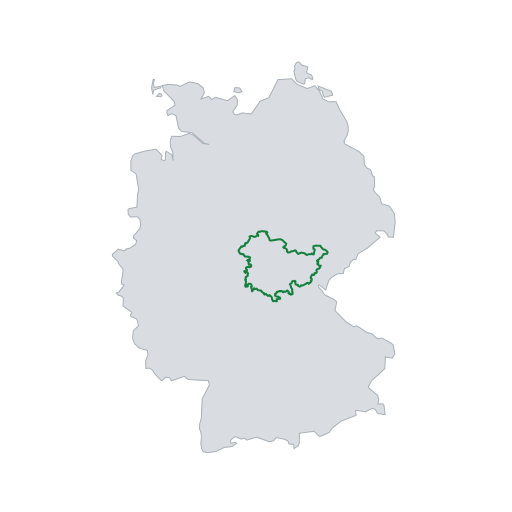 Thüringen highlighted on a map of Germany, rotated 346°
{"feature_id": "DEU-1577", "entity_name": "Thüringen", "entity_type": "State", "adm_level": 1, "iso_a3": "DEU", "parent_name": "Germany", "parent_adm1": "", "projection": "albers", "projection_center": [10.909, 50.922], "detail": "fine", "context": "in_parent", "style": "outline", "palette": "green", "viewbox_px": 512, "rotation_deg": 346, "n_neighbors": 0, "source": "natural_earth", "source_scale": "10m", "svg_char_len": 9625}
<svg xmlns="http://www.w3.org/2000/svg" viewBox="0 0 512 512"><g transform="rotate(346 256 256)"><path d="M224.1,439.5L212.6,431.9L202.4,432.4L200.8,429.9L197.3,430.0L192.1,426.1L187.4,428.1L186.2,430.3L186.5,431.6L191.2,431.9L191.8,433.0L187.0,435.1L179.1,434.1L169.8,435.9L162.1,435.3L157.6,433.2L156.6,429.8L157.1,424.8L159.3,418.3L160.0,413.4L159.3,410.3L160.6,405.7L163.9,399.6L169.1,381.9L179.6,369.7L179.6,365.4L162.5,360.2L159.7,358.9L157.4,355.4L143.7,356.7L142.7,353.3L139.1,351.7L135.2,354.2L133.9,353.8L129.1,345.5L128.0,341.7L125.6,339.1L122.0,338.4L123.5,331.1L127.3,325.8L127.7,321.3L120.4,317.1L116.9,311.8L116.3,305.7L118.9,298.9L125.3,295.0L125.0,288.2L120.0,284.3L119.7,283.1L122.1,280.7L114.9,272.5L117.1,264.8L115.9,262.5L112.5,260.5L111.5,258.1L114.1,257.8L120.5,252.8L120.7,252.0L119.1,251.1L119.0,248.9L123.6,237.8L123.6,235.8L120.7,230.1L120.8,228.1L116.8,221.6L117.0,219.6L124.0,216.1L129.7,219.3L131.9,217.7L134.8,218.1L141.9,215.6L144.0,212.3L141.5,209.3L141.9,207.1L150.0,201.2L151.5,198.3L152.2,192.6L151.3,190.6L150.4,189.2L143.7,187.9L142.1,184.5L143.0,180.1L144.2,179.3L152.2,179.8L156.1,167.2L158.2,163.4L159.5,147.5L155.4,142.6L157.5,133.6L160.7,128.8L163.1,127.6L173.4,127.3L184.7,128.1L189.2,135.7L187.3,139.4L190.0,141.3L191.3,140.7L193.3,133.8L194.3,132.7L198.9,137.5L198.7,143.5L200.3,135.4L199.5,129.6L200.4,124.1L203.2,119.5L211.4,121.7L220.6,120.9L224.0,123.1L231.7,134.0L237.6,136.4L233.0,134.0L223.8,120.8L213.9,117.2L211.8,113.4L212.3,100.3L208.6,97.6L204.6,98.4L204.1,95.4L204.9,93.3L213.9,90.0L214.1,86.4L206.5,73.5L206.3,67.9L213.0,68.4L221.2,71.2L223.1,73.1L233.7,71.0L241.6,74.8L245.4,80.2L245.5,84.9L240.7,90.3L248.8,89.6L250.8,93.6L255.1,92.2L266.0,98.4L274.3,95.2L275.8,100.1L274.2,105.1L268.3,110.5L269.6,113.7L271.5,114.5L277.0,113.8L285.8,117.0L297.4,106.8L306.7,105.5L320.0,90.2L333.4,92.7L337.1,99.0L346.2,105.9L354.3,105.0L357.5,111.6L359.1,119.9L364.0,124.0L371.0,125.6L372.6,134.2L376.7,147.7L376.8,152.0L375.8,156.8L373.7,160.8L369.2,165.7L369.0,168.5L381.3,179.6L384.8,185.4L383.2,193.9L385.3,198.0L387.4,199.3L388.3,201.4L388.5,206.3L390.0,207.6L388.1,216.6L386.0,220.4L386.9,223.4L390.3,228.8L390.6,235.7L397.5,239.8L400.5,248.8L399.3,256.8L393.8,271.1L388.8,269.4L389.0,266.5L388.1,266.3L386.3,262.6L379.1,260.7L377.2,262.6L381.0,267.7L366.3,275.2L355.6,278.5L351.9,283.8L349.9,282.8L345.6,285.3L343.9,288.6L338.7,289.8L336.4,294.1L330.7,293.0L323.8,295.1L320.8,297.3L315.3,305.9L310.6,299.5L309.5,299.5L309.2,301.6L312.0,306.3L313.1,310.2L321.4,317.2L323.2,320.1L319.4,328.1L327.6,341.9L333.7,348.4L337.1,348.2L344.7,356.7L349.6,359.6L353.6,365.5L358.4,366.2L366.0,373.2L367.6,375.6L367.0,384.6L363.5,388.0L357.1,385.3L353.7,396.5L338.0,404.9L333.5,409.9L333.5,411.4L340.3,420.6L340.4,424.7L338.6,429.1L343.3,430.1L344.0,432.3L342.9,441.2L335.9,438.2L334.5,433.4L331.5,431.9L324.7,433.7L315.3,429.8L314.6,434.8L298.7,436.8L287.7,441.7L284.5,444.9L275.8,446.5L273.7,446.3L270.0,440.1L255.2,438.5L252.8,447.8L250.8,450.4L246.4,452.1L247.0,447.9L242.5,446.3L242.3,443.5L239.3,440.7L231.8,437.1L228.4,439.5L224.1,439.5ZM353.4,93.5L354.3,96.8L353.6,98.6L350.1,95.8L346.8,96.0L345.0,100.5L343.5,100.7L338.3,96.8L337.4,94.9L337.5,85.9L339.1,83.9L339.2,81.1L342.0,78.1L344.5,77.9L346.6,82.0L351.6,84.6L352.0,85.8L349.5,89.5L350.2,91.4L353.4,93.5ZM369.1,114.5L369.4,118.5L360.8,118.5L360.0,115.5L360.4,112.6L357.5,109.5L357.4,106.1L369.1,114.5ZM196.8,70.4L194.9,74.4L195.4,67.3L198.9,59.9L200.2,60.1L198.3,63.5L197.9,67.8L205.1,68.4L204.2,69.7L196.8,70.4ZM282.2,93.2L277.7,93.3L274.2,90.8L276.4,87.4L280.7,89.0L282.2,93.2ZM203.6,77.4L202.4,78.6L198.1,77.1L201.4,74.9L203.2,75.6L203.6,77.4Z" fill="#d9dde1" stroke="#a8b0b8" stroke-width="1"/><path d="M241.0,249.7L240.9,249.4L240.9,249.0L240.8,248.2L240.4,247.8L240.3,247.0L240.3,246.8L240.5,246.2L242.7,244.4L243.1,244.0L243.7,243.6L244.0,243.2L244.9,243.8L245.0,243.8L245.4,243.3L245.8,243.2L247.4,243.3L247.3,242.8L248.1,242.4L248.4,241.8L248.4,241.5L248.4,241.3L248.7,241.0L249.3,240.9L249.6,241.3L250.0,241.4L251.9,240.3L252.2,239.5L253.2,238.8L253.4,238.4L254.0,238.1L254.2,237.8L254.7,236.3L254.5,235.8L254.5,235.6L256.0,235.3L256.3,235.4L257.8,236.2L258.9,237.1L260.2,237.1L262.1,236.3L262.3,236.3L263.0,236.9L263.2,236.6L263.2,236.0L262.5,234.9L262.5,234.6L263.1,233.9L264.6,233.0L265.1,233.4L267.9,233.3L269.3,234.0L270.3,234.1L270.7,234.5L271.7,234.9L272.1,234.9L272.4,235.2L272.5,235.6L272.6,236.1L272.4,236.3L272.1,236.3L271.5,236.1L271.3,236.4L271.3,236.7L271.8,238.0L272.4,238.8L272.4,240.0L272.8,241.1L273.2,241.7L273.0,242.8L273.0,243.6L273.2,244.1L274.0,244.6L278.9,245.1L280.2,245.1L283.1,245.5L284.0,245.8L285.6,247.1L286.5,248.7L288.3,251.4L288.0,252.0L287.4,252.8L286.6,253.3L285.0,253.6L284.6,254.2L284.9,254.8L285.7,255.3L286.3,255.5L286.7,255.9L287.4,257.0L287.6,257.8L287.6,258.6L287.2,258.9L287.5,259.9L287.8,260.3L288.3,260.5L290.0,260.6L291.0,260.0L292.5,260.2L293.9,260.2L295.2,259.9L296.0,260.6L296.1,260.8L296.1,261.8L296.4,262.2L296.5,262.6L296.9,263.2L297.1,263.8L297.5,264.2L297.7,264.3L298.1,264.0L301.0,263.7L301.3,263.8L302.0,264.3L303.6,265.0L304.1,265.4L304.3,266.0L304.5,266.4L305.6,266.9L305.7,267.3L307.9,267.0L309.8,267.6L310.7,267.1L311.7,268.0L311.9,268.4L312.2,268.4L312.8,267.9L312.6,267.5L312.7,267.1L313.8,265.6L314.5,264.2L314.5,263.9L314.3,263.6L314.0,263.3L313.5,263.1L313.5,262.9L313.6,261.9L314.1,260.9L314.1,260.5L316.1,260.3L321.0,261.7L321.3,263.2L322.3,264.8L322.6,265.6L323.1,266.0L324.9,266.9L325.7,268.1L326.4,269.5L326.4,269.9L325.9,270.2L325.3,271.0L324.8,270.7L324.3,270.8L323.3,270.7L322.6,270.8L322.0,270.5L321.8,271.1L320.6,271.8L319.9,272.6L319.4,273.5L319.2,273.5L319.2,273.4L318.8,273.3L317.7,273.4L316.4,274.4L314.1,275.2L314.1,275.7L314.5,276.1L315.0,276.3L315.1,276.6L314.6,277.3L314.2,277.4L313.9,277.7L313.7,278.3L313.7,278.7L314.2,278.7L314.5,278.9L314.6,279.1L314.4,279.8L314.7,280.5L314.9,280.8L315.2,281.0L316.0,281.0L316.3,281.1L315.6,282.2L315.3,282.7L314.1,283.5L312.0,283.6L311.1,284.7L311.2,285.7L311.0,286.5L310.7,286.8L309.9,287.1L309.2,286.8L308.7,286.9L308.0,288.1L307.7,288.4L307.1,288.4L306.7,287.8L306.4,287.7L306.1,287.6L305.8,287.7L305.1,288.7L304.4,289.3L303.8,290.2L303.8,290.5L303.8,290.8L304.3,291.1L304.5,291.5L304.5,292.0L304.2,292.4L304.1,293.0L303.3,293.3L303.0,293.6L302.9,293.9L303.2,294.3L302.1,295.0L300.6,295.6L300.5,295.1L299.9,294.8L299.7,294.5L299.3,294.4L298.5,294.6L298.4,294.9L297.9,295.0L294.1,295.9L293.1,295.5L292.4,295.5L292.0,296.1L291.0,296.3L289.8,295.4L289.7,295.3L289.6,294.1L289.4,293.9L289.1,293.8L288.7,293.9L287.9,293.2L287.6,293.1L287.5,292.6L287.6,291.0L288.1,290.6L288.2,290.4L287.8,289.6L287.3,289.4L285.2,289.3L284.9,289.7L284.5,289.9L284.3,290.6L283.6,291.1L283.0,291.2L282.1,291.6L282.3,292.4L282.3,292.8L282.6,293.9L282.4,295.1L282.6,295.5L282.7,296.0L283.0,296.6L283.1,297.4L283.1,297.5L282.8,297.7L282.8,298.2L282.5,299.3L282.7,300.1L282.3,300.9L282.4,301.4L282.4,301.6L282.0,301.7L281.3,301.5L280.8,301.1L280.6,301.2L280.3,301.8L278.7,300.3L278.5,299.9L279.1,299.2L279.2,298.9L278.6,297.8L278.0,297.6L277.9,297.1L277.3,297.2L276.9,297.6L275.7,297.9L275.3,297.6L274.9,297.3L274.1,297.1L273.9,297.2L273.9,297.7L273.8,297.8L273.4,297.6L272.3,296.0L271.8,295.9L270.8,296.2L270.4,295.7L270.1,295.6L269.6,295.9L268.9,295.8L268.0,296.2L267.4,296.0L267.1,296.3L266.4,297.4L266.2,297.5L265.5,297.3L265.2,297.5L265.0,299.2L265.2,299.6L266.1,300.1L266.7,300.7L267.7,300.8L267.8,300.9L268.0,301.3L268.1,301.5L269.0,301.9L269.2,302.5L269.2,303.0L269.0,303.3L268.6,303.3L267.7,303.0L266.4,303.2L265.7,303.0L265.3,304.9L265.1,305.0L264.1,304.4L263.3,304.1L261.8,304.1L261.4,303.6L261.4,303.3L261.5,303.0L261.5,302.8L261.1,302.0L261.1,301.8L261.3,300.7L261.0,299.0L260.2,298.3L259.8,297.4L259.2,297.4L258.9,297.7L258.0,297.6L257.9,297.0L257.0,296.3L256.7,295.9L256.5,295.3L255.7,295.5L255.1,295.5L254.8,295.3L254.6,294.8L254.9,294.4L255.0,294.3L254.9,294.1L254.0,293.4L253.5,292.7L253.0,292.3L252.9,292.0L252.9,291.3L252.8,290.9L252.6,290.8L249.5,289.6L249.1,288.4L248.5,287.8L246.6,287.9L246.3,287.7L246.2,287.0L245.7,287.4L243.9,289.3L243.7,289.3L243.6,289.1L243.6,288.8L244.0,287.4L243.7,286.6L243.8,285.4L243.7,284.8L244.1,284.3L244.3,284.1L244.5,284.2L244.6,282.8L244.2,281.9L244.0,281.7L242.2,281.2L241.3,281.7L240.7,281.9L240.5,282.1L240.5,282.4L240.9,283.1L240.7,283.5L240.1,283.6L239.2,283.2L238.6,283.4L238.4,283.2L238.3,282.2L238.4,281.7L238.8,281.0L239.2,280.8L239.5,280.4L239.5,279.8L240.1,278.4L240.2,277.5L239.8,276.8L239.9,276.3L240.3,276.2L240.5,276.3L240.6,276.2L240.5,275.2L240.7,274.5L240.7,274.2L241.0,274.0L241.5,273.8L242.1,273.7L243.1,273.3L243.2,273.2L243.2,272.7L243.1,272.3L243.2,272.1L244.1,270.9L243.8,270.4L243.4,269.6L242.7,269.0L242.2,269.0L241.8,269.6L241.6,269.7L241.4,269.3L241.5,268.7L241.4,268.5L241.1,268.7L240.9,268.6L240.9,268.0L241.0,267.9L241.4,267.8L241.7,268.0L242.8,268.1L243.7,267.9L243.9,267.5L243.8,266.9L243.5,266.3L243.3,266.2L243.2,265.9L243.3,265.2L244.1,264.6L245.4,264.6L245.7,264.7L246.3,264.5L246.3,265.0L246.7,265.3L248.5,265.2L249.1,264.0L249.1,263.8L249.0,263.4L248.6,262.8L247.9,262.7L247.5,262.3L247.0,262.2L246.9,262.0L247.1,260.9L247.3,260.5L247.7,259.9L247.8,259.2L246.9,258.9L246.8,258.4L246.5,258.1L246.8,257.9L247.5,257.7L248.0,257.7L248.4,258.2L248.4,258.6L248.6,258.9L248.7,259.2L248.8,259.2L249.1,257.4L249.3,256.9L249.8,256.3L249.9,256.0L249.8,255.8L248.8,255.2L248.0,254.6L247.2,254.6L246.8,254.3L246.1,254.1L245.0,253.7L244.9,253.5L244.8,252.7L244.3,252.3L244.1,252.0L244.1,251.7L244.3,251.3L244.2,251.1L242.7,250.6L242.1,250.6L241.8,250.3L241.5,249.8L241.0,249.7Z" fill="none" stroke="#15803d" stroke-width="2"/></g></svg>